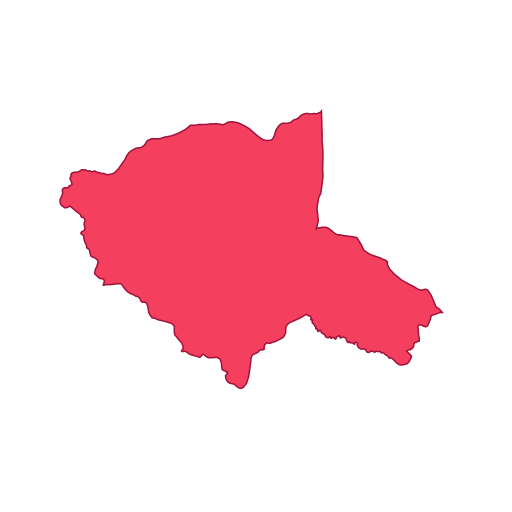 the district of Ra-Ngae, Narathiwat, Thailand, rotated 323°
{"feature_id": "78962969B92165576967396", "entity_name": "Ra-Ngae", "entity_type": "district", "adm_level": 2, "iso_a3": "THA", "parent_name": "Thailand", "parent_adm1": "Narathiwat", "projection": "robinson", "projection_center": [101.702, 6.243], "detail": "fine", "context": "isolated", "style": "filled", "palette": "rose", "viewbox_px": 512, "rotation_deg": 323, "n_neighbors": 0, "source": "geoboundaries", "source_scale": "gbopen_adm2", "svg_char_len": 6119}
<svg xmlns="http://www.w3.org/2000/svg" viewBox="0 0 512 512"><g transform="rotate(323 256 256)"><path d="M370.8,413.3L370.6,410.1L370.2,407.5L369.2,405.1L369.8,402.4L370.9,398.5L372.4,392.2L372.6,386.2L371.2,384.4L367.3,382.7L365.3,379.9L363.9,376.0L361.2,370.7L357.7,362.6L356.8,358.5L355.5,353.6L354.9,347.0L355.7,342.0L356.6,340.7L357.4,339.9L357.3,338.7L356.7,336.8L355.3,335.1L354.4,332.8L348.8,324.6L347.5,322.0L346.1,318.0L345.7,315.9L346.1,313.7L346.8,310.9L347.5,303.4L347.5,301.8L343.7,297.7L339.0,293.2L335.6,289.4L333.7,288.0L332.5,285.3L330.8,278.0L329.2,275.2L326.3,273.0L322.9,271.2L320.4,270.6L320.9,270.1L323.1,268.7L327.0,265.2L329.9,260.6L333.0,255.1L336.8,251.2L341.5,246.9L345.3,245.0L351.5,238.9L357.5,232.6L362.1,225.9L365.6,221.6L372.6,212.5L379.5,201.7L380.9,200.2L395.5,179.6L394.2,180.0L390.2,179.0L389.1,178.4L388.2,177.1L386.6,176.4L385.2,175.5L382.9,173.1L380.8,171.8L379.3,171.2L376.2,170.8L373.9,171.2L372.4,171.2L370.8,171.1L368.5,170.2L367.0,170.0L365.6,170.2L364.1,170.1L362.1,169.5L360.1,168.4L357.9,166.4L356.6,165.8L354.6,165.6L352.5,165.8L348.5,167.1L346.1,168.6L342.6,171.2L340.1,172.4L338.5,172.6L336.7,172.0L333.2,169.5L331.6,167.2L330.4,164.3L328.9,158.5L327.4,150.9L326.6,148.6L325.0,144.9L322.7,140.3L321.4,138.4L320.1,136.8L317.3,134.1L314.1,132.2L311.3,132.0L309.2,131.5L307.5,130.4L306.9,129.3L306.3,128.7L305.7,128.7L305.1,128.1L304.5,126.8L301.5,124.9L299.7,123.4L295.7,121.2L289.5,116.6L287.2,115.6L284.2,113.6L282.8,112.3L281.5,112.1L276.5,112.5L274.5,112.2L268.6,111.4L263.5,110.0L260.2,108.9L254.0,105.8L250.6,104.8L248.2,103.4L246.1,101.7L244.9,101.0L243.8,99.8L242.4,99.2L241.0,99.1L238.7,98.5L237.5,98.7L235.1,99.9L232.7,100.4L229.7,100.3L225.1,97.7L220.4,97.0L218.4,96.9L216.5,97.1L213.1,98.1L209.8,99.9L198.7,103.5L196.2,104.0L192.3,104.3L190.3,103.8L186.5,101.8L185.4,100.8L184.3,98.6L182.2,97.0L181.3,95.4L180.2,94.4L179.3,93.2L178.3,91.0L176.2,90.3L175.3,89.5L174.2,87.6L173.4,87.4L172.5,86.7L171.7,84.6L170.3,83.4L168.3,82.1L167.5,82.2L164.3,81.8L160.8,79.5L159.5,79.1L158.1,79.0L157.4,79.5L156.5,80.6L154.1,82.1L153.4,85.2L152.2,88.1L151.5,88.2L148.9,87.5L147.8,88.3L146.8,88.2L144.1,86.2L142.8,86.0L141.8,86.2L140.9,86.8L139.9,88.7L138.9,89.9L136.5,91.4L133.4,93.1L132.2,94.8L131.3,96.5L131.1,98.2L131.4,99.7L132.3,102.4L134.7,103.9L137.0,103.9L137.4,104.1L138.3,107.5L139.4,112.7L140.6,116.5L140.7,117.7L140.2,118.8L140.0,119.7L140.2,120.3L141.4,121.4L141.4,123.2L140.7,125.2L139.8,125.4L138.7,126.2L137.8,127.1L136.9,129.5L136.1,130.4L135.4,131.8L134.0,132.1L131.0,131.8L130.0,132.3L129.6,132.8L130.4,135.3L130.4,136.3L128.6,139.5L127.6,142.4L127.0,145.7L126.0,146.8L125.8,147.9L126.2,149.1L126.8,150.3L124.5,155.4L124.2,156.7L124.7,158.4L126.0,160.1L126.7,162.4L126.9,164.2L126.5,165.5L122.2,168.9L120.2,169.6L116.6,172.7L116.6,174.1L117.4,178.9L117.9,180.2L119.1,181.3L120.1,182.4L120.1,184.3L119.4,185.3L116.5,187.2L116.6,187.6L119.6,189.0L121.7,190.7L124.7,192.6L128.3,194.5L131.2,196.8L131.7,198.2L131.4,202.4L131.6,205.0L132.0,207.6L132.4,208.7L133.5,211.1L134.6,212.7L135.9,216.0L137.1,217.2L137.7,218.6L137.6,220.6L137.0,222.3L137.2,224.1L138.7,225.6L139.9,226.4L140.1,227.1L139.8,229.4L139.2,231.1L136.4,236.6L135.9,238.3L135.8,242.3L136.1,243.3L137.7,244.7L138.7,246.8L139.9,248.6L143.3,252.5L148.1,259.2L148.4,261.6L148.5,263.0L145.1,267.3L143.9,269.6L143.7,270.5L143.9,272.6L143.9,274.9L144.3,280.9L143.5,284.0L142.5,285.6L140.8,286.5L139.3,286.9L139.6,288.0L141.6,289.1L142.7,290.5L143.8,294.4L145.2,296.5L148.6,300.8L149.8,302.8L150.7,303.2L151.7,303.1L154.1,302.5L154.7,302.6L155.2,303.3L155.2,304.6L156.1,307.4L156.8,308.6L160.7,311.5L163.2,312.9L164.6,315.0L165.1,316.2L164.9,317.8L164.0,320.5L160.8,325.8L160.7,326.3L161.0,327.4L161.3,328.1L162.2,329.0L162.2,330.3L163.4,331.7L163.4,332.2L162.3,332.7L161.1,332.8L159.7,333.2L158.6,334.9L157.9,336.6L157.7,339.4L158.2,341.3L159.0,342.4L161.2,344.9L161.8,346.6L162.1,348.9L162.9,351.0L164.0,352.4L165.2,353.0L166.9,353.2L171.7,352.0L177.7,347.8L188.1,337.4L190.5,334.7L192.7,333.2L194.1,332.9L197.7,333.7L199.9,334.0L201.9,333.5L202.6,333.5L204.1,334.2L205.4,335.3L206.4,335.4L207.0,334.3L209.3,332.3L212.3,331.7L213.8,333.6L215.9,334.6L218.0,335.0L219.0,335.6L222.2,336.4L228.9,337.4L232.5,335.8L233.6,335.0L236.1,331.8L236.9,330.9L238.2,330.1L241.1,329.4L243.2,329.6L253.1,331.9L261.3,332.9L261.4,334.2L262.1,335.6L263.3,336.9L263.0,337.5L263.0,338.4L262.8,339.0L261.7,339.4L261.4,339.8L261.7,340.4L262.4,340.7L262.7,341.3L262.6,341.5L261.4,342.1L260.8,342.9L260.7,343.3L261.2,344.8L260.8,347.4L261.2,348.5L261.0,348.8L260.3,349.4L260.0,350.0L261.0,351.3L260.9,351.6L260.2,352.4L260.2,353.1L260.3,353.6L260.7,354.0L262.0,353.7L262.6,353.8L262.9,354.3L262.3,355.8L262.2,356.9L262.7,358.3L263.3,358.8L263.1,359.2L263.1,359.6L263.8,360.5L263.7,361.0L263.3,361.4L263.1,361.8L263.1,362.7L263.3,363.3L263.9,364.3L264.6,364.9L265.2,364.9L266.1,364.5L266.7,364.7L266.8,365.2L266.4,366.3L266.4,366.9L266.9,367.2L268.3,367.2L269.0,367.6L269.1,368.1L269.1,369.6L269.6,370.3L270.0,370.3L271.1,369.3L271.9,369.0L272.8,369.5L274.5,369.6L274.7,369.9L274.7,370.4L274.0,371.6L274.2,372.3L274.4,372.5L275.5,372.5L276.5,372.9L278.2,375.2L278.3,375.9L277.7,377.2L277.5,378.7L277.2,379.5L277.3,380.2L277.6,380.6L278.4,380.4L278.9,380.7L278.8,381.6L279.0,382.1L279.4,382.5L280.3,382.9L280.8,383.4L281.1,385.0L281.7,385.7L282.0,385.8L282.3,385.6L282.8,384.7L283.2,384.5L283.6,384.7L284.3,385.5L284.4,386.0L284.4,387.1L283.3,387.8L283.0,388.2L282.8,391.1L283.7,393.3L285.3,394.7L287.0,395.7L286.9,399.8L288.3,401.1L290.2,401.1L291.9,402.3L292.9,404.4L294.8,404.2L295.9,405.9L297.6,406.7L297.8,409.0L299.6,409.7L299.7,411.8L301.2,415.7L300.9,417.8L302.7,418.6L303.3,420.8L304.0,426.1L304.6,428.3L305.8,430.1L307.8,431.3L311.7,433.0L314.2,432.7L318.3,430.8L320.0,429.4L319.1,422.4L321.3,422.8L323.1,423.8L325.7,423.8L327.5,423.1L328.9,421.4L330.6,420.7L335.2,422.2L336.9,419.9L337.9,417.7L342.8,409.8L344.8,408.9L346.4,410.6L347.4,412.5L348.9,414.7L350.9,415.1L357.4,411.4L358.8,409.9L360.6,409.1L362.4,409.8L366.4,411.2L368.5,411.6L370.8,413.3Z" fill="#f43f5e" stroke="#9f1239" stroke-width="1.5"/></g></svg>